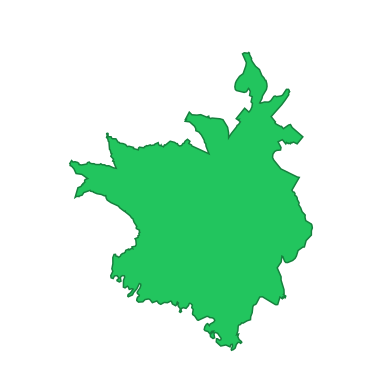 Tecali de Herrera, Puebla, Mexico, rotated 11°
{"feature_id": "50627088B1690235802813", "entity_name": "Tecali de Herrera", "entity_type": "district", "adm_level": 2, "iso_a3": "MEX", "parent_name": "Mexico", "parent_adm1": "Puebla", "projection": "natural_earth1", "projection_center": [-97.988, 18.898], "detail": "fine", "context": "isolated", "style": "filled", "palette": "green", "viewbox_px": 384, "rotation_deg": 11, "n_neighbors": 0, "source": "geoboundaries", "source_scale": "gbopen_adm2", "svg_char_len": 6058}
<svg xmlns="http://www.w3.org/2000/svg" viewBox="0 0 384 384"><g transform="rotate(11 192 192)"><path d="M66.6,187.4L67.2,187.8L67.3,189.3L69.0,189.7L71.7,191.8L74.7,196.0L80.4,195.7L87.0,198.7L84.7,200.2L84.4,201.6L84.9,202.9L83.3,204.6L83.4,205.6L82.7,205.8L82.0,207.7L79.2,209.6L78.3,219.6L79.6,218.3L82.0,218.0L82.0,217.5L84.8,216.0L85.9,213.2L91.7,209.8L92.5,210.6L95.0,210.5L95.3,211.0L99.1,211.8L103.5,211.7L106.7,212.5L108.0,212.0L108.9,214.3L110.3,216.1L114.5,217.9L122.3,219.8L124.4,221.5L129.2,223.8L130.1,223.5L130.2,224.2L135.6,227.0L137.7,229.0L139.0,229.4L140.9,232.7L144.4,236.3L144.0,237.2L144.3,238.5L147.7,239.5L147.7,240.5L148.5,241.6L147.7,242.6L148.5,244.3L147.3,245.3L147.8,246.9L145.0,248.7L146.1,250.0L147.3,254.2L146.8,256.0L143.6,257.3L144.6,258.9L143.5,258.7L141.8,260.6L140.9,260.8L140.7,260.1L138.1,261.9L137.9,263.8L136.9,265.0L135.4,265.7L134.1,267.4L133.9,268.7L132.4,270.2L131.3,269.4L129.7,269.5L128.8,267.8L127.4,268.2L126.8,271.5L128.0,277.4L128.0,282.7L129.4,284.9L128.2,289.7L129.0,291.7L131.1,292.0L131.9,289.2L134.3,288.4L136.9,290.5L135.2,292.6L135.3,293.4L137.8,294.2L139.3,293.1L138.1,289.9L138.4,288.5L139.8,287.3L141.6,287.2L142.2,288.4L141.6,291.8L142.8,298.5L144.6,298.9L146.5,296.8L147.6,297.4L149.0,299.6L151.3,298.4L152.7,298.6L150.8,302.8L148.9,304.8L148.8,306.5L149.5,307.0L153.2,304.4L153.9,301.8L156.3,297.6L157.8,291.9L159.2,292.2L159.6,293.4L159.2,296.2L157.3,300.9L157.8,302.1L160.0,303.3L160.0,304.1L158.6,305.7L158.3,307.8L158.5,309.1L160.5,310.3L164.7,309.2L166.4,306.6L169.6,305.3L171.1,305.5L174.2,308.2L178.3,305.7L180.8,307.7L182.8,308.2L185.8,305.7L189.0,305.4L191.9,303.2L192.7,303.3L194.1,305.6L197.6,306.8L198.1,306.1L198.6,302.8L199.9,303.6L199.4,304.8L200.4,306.8L202.9,308.9L202.5,311.9L203.5,312.4L204.5,311.3L203.6,309.7L204.0,308.3L205.4,307.2L208.3,307.4L210.2,304.1L210.5,302.2L211.1,301.6L212.0,301.7L213.9,303.0L213.8,305.6L215.6,307.0L215.7,311.2L216.1,312.2L218.3,313.2L221.7,316.6L222.7,316.7L230.2,311.3L231.7,311.1L233.3,311.9L236.1,311.6L237.8,312.3L238.9,313.7L238.1,315.6L235.0,318.2L234.5,319.9L232.5,318.2L231.4,319.0L230.3,321.9L230.2,324.7L231.3,325.6L234.3,325.9L236.5,327.7L238.1,324.9L239.9,324.4L239.5,325.6L237.6,327.2L237.3,329.1L237.8,330.5L240.6,331.8L242.0,330.8L240.7,327.3L240.8,326.2L241.8,325.4L244.1,325.8L248.6,330.2L248.5,331.5L247.5,332.3L244.9,331.2L244.1,331.4L244.4,334.5L249.6,337.7L254.5,335.7L258.9,336.8L259.3,334.3L260.6,333.8L261.2,335.4L260.5,338.9L261.0,339.8L262.7,338.8L264.2,336.9L264.6,333.3L265.9,330.8L267.5,330.6L268.5,331.3L269.5,330.3L269.1,329.4L266.3,327.8L264.5,325.2L264.8,322.6L263.0,323.7L263.5,319.5L262.9,314.7L263.4,313.6L264.9,312.8L265.7,311.0L267.1,311.0L270.7,307.9L273.8,306.2L273.4,303.1L274.1,299.0L273.6,292.9L274.1,291.4L276.0,290.1L276.5,289.1L278.5,282.2L281.1,281.4L295.3,286.6L296.6,286.5L297.6,286.1L298.4,278.3L300.9,279.5L301.0,278.0L302.2,278.6L302.3,277.2L303.7,277.9L303.9,276.3L301.3,275.0L301.8,274.2L300.9,270.3L296.2,261.4L295.6,258.2L290.1,250.2L292.9,243.7L292.5,237.8L293.5,238.1L296.1,242.3L297.5,243.3L299.4,243.0L303.9,240.0L305.9,237.4L306.7,234.9L307.3,229.2L311.2,225.0L312.8,224.5L313.3,217.9L317.4,211.5L316.6,207.2L317.0,204.3L316.0,201.6L315.3,200.7L309.1,198.4L307.7,195.1L307.5,193.0L303.8,190.3L301.7,186.8L299.1,184.1L299.2,182.2L296.8,179.3L296.4,177.8L295.3,176.3L293.6,175.7L293.4,173.9L292.4,172.7L291.3,172.7L289.7,171.2L294.5,157.2L292.5,157.2L274.9,152.4L266.2,145.1L264.5,142.8L264.2,139.6L265.4,136.5L267.2,135.0L270.9,133.9L270.9,131.4L266.9,126.3L270.7,123.4L274.9,126.9L275.4,125.3L277.2,126.1L277.5,125.6L279.4,125.9L279.8,124.5L280.6,124.8L282.1,123.6L286.0,124.7L290.3,116.7L278.0,109.6L275.8,107.0L274.1,107.8L269.6,112.4L267.3,110.5L266.7,110.8L261.7,109.3L260.1,108.2L260.5,107.3L255.3,102.9L263.5,89.0L265.9,84.0L268.4,78.1L267.9,76.6L268.7,74.9L268.1,74.5L268.0,73.7L267.1,72.8L265.1,73.2L262.4,79.7L261.0,80.7L256.8,82.3L255.3,81.9L254.1,82.6L251.9,87.4L249.9,89.2L246.0,89.8L242.2,91.8L241.4,91.7L242.8,87.1L242.9,84.2L245.5,77.1L245.5,74.0L244.8,71.5L243.3,68.4L242.7,68.5L240.7,66.1L238.4,64.4L234.8,58.9L230.4,56.5L226.4,52.6L225.0,50.8L225.0,49.6L222.2,46.1L221.9,44.7L221.1,44.2L220.4,45.1L216.7,45.4L215.2,46.8L220.7,54.7L220.8,57.8L219.6,66.1L216.6,69.4L214.5,74.1L213.9,76.7L214.0,80.6L215.0,83.1L216.3,83.9L224.2,84.3L226.3,83.2L227.7,79.5L228.3,79.9L230.0,82.2L230.1,86.3L232.9,86.9L232.8,92.3L234.4,93.4L234.6,97.1L233.8,100.5L232.6,102.7L227.7,99.7L221.4,111.6L223.1,112.3L224.1,111.9L223.7,112.6L226.1,113.9L224.8,116.9L223.6,118.0L223.2,119.8L219.3,127.3L217.6,131.8L216.6,126.9L214.6,121.7L208.6,115.1L205.4,114.8L197.5,115.6L196.3,116.4L194.5,115.7L194.1,114.8L193.7,115.6L193.3,114.8L192.2,115.7L185.8,114.4L182.2,115.6L177.2,116.2L174.1,114.1L171.7,122.0L172.6,121.8L171.8,123.9L176.3,123.6L182.0,127.0L183.6,129.1L184.1,131.1L187.3,131.8L190.3,134.2L194.0,138.6L194.9,141.0L196.3,142.0L197.1,144.5L201.4,151.3L183.0,146.8L182.5,145.9L179.6,145.0L180.3,142.6L177.5,141.1L175.5,143.5L175.0,145.5L173.9,146.1L172.9,148.4L171.0,149.3L169.2,148.4L168.4,147.3L167.4,147.5L165.5,146.6L160.9,146.3L156.9,151.1L156.0,151.0L155.4,153.1L153.0,152.5L152.7,151.8L152.3,152.5L151.2,152.5L150.2,151.8L149.4,150.0L146.5,152.0L145.8,153.1L142.8,154.2L142.0,153.7L139.6,155.2L138.3,155.2L137.8,156.2L136.8,156.5L136.3,157.8L131.9,158.0L131.2,159.0L131.2,160.9L126.2,160.5L126.1,159.4L121.4,159.1L119.8,159.8L117.7,158.1L115.0,157.6L111.8,157.9L111.1,157.2L110.0,157.2L107.1,154.3L103.9,154.9L102.9,154.5L102.0,153.2L99.1,153.8L98.4,150.6L97.6,150.5L97.1,150.9L97.2,151.4L98.0,151.4L97.7,154.8L99.1,155.7L100.2,158.2L100.9,158.5L102.9,165.9L103.7,166.4L105.2,169.6L106.0,169.8L105.5,172.4L108.7,174.7L108.2,176.8L109.8,177.2L109.8,178.3L113.1,183.2L110.5,183.3L105.4,182.1L102.9,182.7L101.1,182.0L98.8,182.4L97.1,181.7L96.1,182.7L92.1,183.4L90.4,182.9L88.5,183.3L86.6,183.2L85.4,182.2L83.8,183.1L83.4,184.6L78.3,186.6L75.8,186.6L75.5,185.5L74.0,184.8L71.3,184.6L69.5,185.3L67.8,184.1L66.6,187.4Z" fill="#22c55e" stroke="#15803d" stroke-width="1.5"/></g></svg>